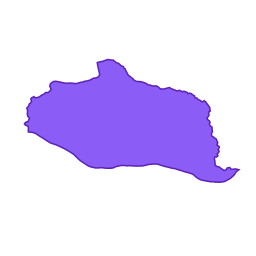 the district of Tupirama, Tocantins, Brazil, rotated 79°
{"feature_id": "56859067B25409387280725", "entity_name": "Tupirama", "entity_type": "district", "adm_level": 2, "iso_a3": "BRA", "parent_name": "Brazil", "parent_adm1": "Tocantins", "projection": "orthographic", "projection_center": [-48.257, -8.94], "detail": "fine", "context": "isolated", "style": "filled", "palette": "violet", "viewbox_px": 256, "rotation_deg": 79, "n_neighbors": 0, "source": "geoboundaries", "source_scale": "gbopen_adm2", "svg_char_len": 3439}
<svg xmlns="http://www.w3.org/2000/svg" viewBox="0 0 256 256"><g transform="rotate(79 128 128)"><path d="M191.2,68.6L193.2,65.7L196.6,57.0L197.0,54.7L197.8,52.5L198.7,48.3L198.9,45.9L199.0,43.9L198.5,41.8L197.6,39.0L197.0,37.1L194.5,32.9L193.1,31.6L191.6,30.1L190.1,27.1L189.2,29.1L188.6,30.5L188.6,32.4L188.2,34.7L186.2,35.6L186.1,38.1L187.8,39.8L188.0,41.8L186.4,43.4L185.4,44.5L183.8,45.7L182.7,48.0L181.3,49.5L179.4,49.3L177.5,49.1L175.9,49.0L174.1,49.0L172.9,48.1L173.4,46.6L172.4,45.0L170.6,45.5L169.4,43.8L168.1,43.0L166.4,43.7L165.0,42.4L163.6,42.0L161.5,44.0L159.6,42.7L157.7,43.1L155.6,43.5L154.2,45.0L153.0,46.0L151.6,47.5L149.4,47.1L147.6,45.7L145.4,45.7L143.1,45.4L141.3,47.1L139.5,47.4L138.4,46.4L136.4,46.8L134.8,48.4L133.3,48.5L132.2,47.2L131.0,46.1L129.3,45.9L127.8,45.8L127.0,43.9L125.6,44.1L123.9,43.8L121.5,44.7L119.3,45.8L117.3,46.7L115.7,47.9L116.6,50.1L114.8,51.8L113.2,53.9L111.7,54.7L111.2,56.4L109.3,56.5L107.7,58.2L106.3,59.4L105.5,60.8L105.8,62.6L104.4,63.1L103.4,64.6L102.5,66.3L103.0,67.7L101.6,69.0L100.8,70.5L101.1,72.6L100.1,74.2L98.9,76.0L97.6,78.1L96.2,79.5L96.3,81.8L96.4,83.5L96.6,85.2L96.2,87.0L95.8,88.7L94.4,89.8L93.0,90.9L92.1,92.1L91.8,93.9L91.4,96.1L90.0,98.1L89.5,100.2L88.2,101.1L87.3,102.3L86.2,104.1L85.2,106.1L84.5,108.0L84.3,109.6L83.4,111.6L82.0,113.0L80.5,113.8L79.1,115.2L77.8,116.1L76.7,117.4L74.7,118.2L73.0,118.6L71.3,119.2L69.5,119.5L68.4,120.6L66.9,120.8L65.6,122.8L63.9,124.1L62.5,125.1L62.1,126.5L60.4,128.1L58.5,129.6L58.2,131.3L57.7,132.6L57.0,134.1L57.0,135.7L57.3,137.8L57.7,139.8L57.7,141.3L57.7,143.1L57.9,145.7L60.9,145.8L67.0,145.7L70.3,145.6L71.6,146.8L72.6,148.5L72.7,150.2L72.5,152.2L73.1,154.4L73.8,156.1L73.8,157.9L74.1,159.4L73.8,161.6L74.3,163.7L74.1,165.5L74.2,167.2L74.5,168.9L74.5,170.7L73.8,172.8L73.1,175.1L72.6,177.7L72.4,179.7L71.8,181.6L70.8,184.0L69.7,186.5L68.8,188.7L68.3,190.3L68.1,192.0L68.9,194.0L69.7,195.7L72.0,196.8L73.7,196.4L75.6,196.2L77.0,197.9L78.0,199.9L77.4,202.0L78.6,203.8L79.3,206.6L80.6,209.2L80.8,211.8L80.6,213.5L79.2,214.3L79.7,215.8L80.3,217.5L81.8,217.9L83.8,217.6L85.0,219.1L85.6,220.4L87.6,221.3L89.1,223.6L91.0,223.2L93.2,223.6L95.0,224.2L97.1,224.2L98.4,223.6L99.6,222.8L101.1,223.9L102.8,225.0L102.6,226.5L103.2,227.8L104.1,228.9L105.7,228.1L107.1,225.8L109.0,225.7L111.0,226.3L112.9,226.6L113.4,224.7L114.0,222.8L114.9,221.1L115.9,219.4L117.3,218.2L118.4,217.0L119.6,215.9L120.5,214.7L121.7,213.5L123.2,211.9L124.8,210.3L126.4,208.6L127.6,207.3L128.4,206.1L129.1,204.8L130.2,202.8L131.2,201.2L132.3,199.6L133.5,197.9L134.7,196.4L135.8,194.9L136.9,193.5L138.6,191.6L139.9,190.1L141.2,188.7L142.3,187.5L143.8,186.1L145.6,184.9L147.1,183.9L148.2,183.1L149.8,182.0L151.4,180.6L153.3,178.7L154.9,177.0L156.8,175.2L158.1,173.6L159.0,172.1L159.9,170.0L160.9,167.8L161.5,165.1L161.7,163.0L162.0,161.2L162.6,159.3L163.2,157.6L163.6,155.7L164.0,153.6L164.3,151.8L164.3,149.8L163.6,147.4L163.6,145.1L163.5,143.0L163.6,141.0L164.0,139.4L164.4,137.7L165.1,135.9L165.1,134.3L165.4,132.9L166.0,131.1L166.6,128.6L167.2,125.8L167.5,123.7L167.9,121.7L168.0,119.3L167.9,117.1L167.8,115.1L167.8,113.0L168.1,111.1L168.3,109.1L168.8,106.9L169.6,104.9L170.4,103.6L172.2,100.3L173.0,98.7L173.6,97.2L174.3,95.7L175.2,94.0L176.0,92.0L177.1,89.2L178.1,87.4L178.9,86.1L179.5,84.7L180.5,82.9L181.7,80.9L182.7,78.8L183.5,77.1L184.2,75.8L185.3,73.9L186.8,72.2L188.2,71.3L189.6,70.1L191.2,68.6Z" fill="#8b5cf6" stroke="#5b21b6" stroke-width="1.5"/></g></svg>